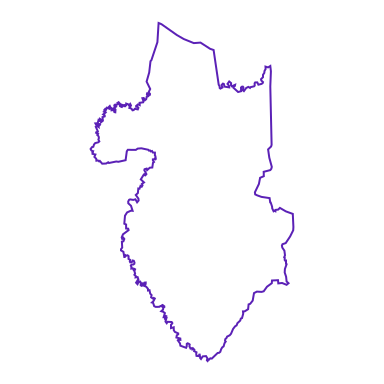 outline of Chum Phuang, Nakhon Ratchasima, Thailand
{"feature_id": "78962969B76863241399521", "entity_name": "Chum Phuang", "entity_type": "district", "adm_level": 2, "iso_a3": "THA", "parent_name": "Thailand", "parent_adm1": "Nakhon Ratchasima", "projection": "natural_earth1", "projection_center": [102.724, 15.266], "detail": "fine", "context": "isolated", "style": "outline", "palette": "violet", "viewbox_px": 384, "rotation_deg": 0, "n_neighbors": 0, "source": "geoboundaries", "source_scale": "gbopen_adm2", "svg_char_len": 6002}
<svg xmlns="http://www.w3.org/2000/svg" viewBox="0 0 384 384"><path d="M200.5,42.6L193.8,43.1L183.7,39.0L176.8,35.0L161.5,24.2L158.6,23.0L157.4,42.2L151.4,60.2L150.5,61.2L149.2,72.5L146.6,81.6L150.2,89.0L148.6,92.3L150.0,93.9L149.9,94.8L148.5,95.3L147.8,93.3L147.1,93.3L146.9,94.6L148.0,96.3L146.7,96.8L146.2,99.2L145.1,100.1L143.7,98.0L142.4,98.2L143.5,101.4L143.2,102.3L139.6,102.8L139.7,105.1L138.0,104.4L136.1,106.0L136.2,106.8L137.5,106.8L138.4,107.8L137.8,109.4L134.8,108.8L133.6,110.1L132.5,110.3L131.5,108.7L129.4,107.9L131.0,105.5L130.2,103.9L128.9,105.4L128.0,104.2L126.2,103.6L126.1,105.2L124.8,105.1L125.0,106.2L124.2,106.2L123.9,105.1L122.8,105.3L121.5,107.7L121.5,106.7L120.0,106.2L119.8,105.4L121.5,104.6L120.4,104.2L118.6,102.2L117.9,102.7L119.1,103.2L119.2,104.2L117.9,103.6L116.9,104.7L115.1,104.6L114.3,105.3L114.4,105.9L115.5,105.8L116.1,106.6L113.6,108.3L114.7,108.5L115.5,109.5L115.3,112.3L114.4,112.1L113.7,110.0L111.6,110.3L111.8,108.4L110.5,107.4L109.8,106.0L109.0,106.8L110.2,108.0L109.7,108.9L106.9,107.7L106.3,109.1L105.4,108.7L104.3,110.0L105.4,110.9L104.1,111.8L105.5,112.6L103.2,114.4L104.7,115.4L104.7,116.4L102.5,117.1L102.9,120.7L101.1,122.2L101.3,119.8L99.9,118.9L99.8,120.8L99.4,121.0L98.5,120.1L97.7,123.2L95.4,123.4L96.6,125.6L97.1,125.4L96.9,123.8L99.3,124.0L100.0,124.7L99.5,125.3L98.2,124.6L98.6,127.0L97.2,126.0L95.8,126.8L97.9,131.5L97.5,132.1L96.4,132.1L96.1,132.8L98.1,133.8L97.6,134.8L96.4,134.7L97.7,135.0L98.7,136.7L98.9,138.0L98.4,139.6L99.3,141.4L98.3,142.3L95.2,143.1L94.0,144.5L93.3,146.8L92.0,147.1L90.6,149.0L91.3,150.4L92.4,151.0L92.4,152.0L93.0,151.7L92.6,153.9L95.4,154.5L94.4,156.9L96.2,158.7L96.4,160.7L97.8,160.4L99.1,161.4L99.8,160.9L102.2,163.7L106.2,163.5L108.2,162.3L108.9,163.0L116.3,161.5L118.3,161.8L125.6,160.2L126.8,151.3L127.8,149.8L135.8,149.9L137.7,148.6L141.4,148.3L148.4,149.8L148.9,150.6L150.1,150.5L150.7,151.4L152.0,151.0L152.8,152.5L154.9,152.6L154.9,155.5L155.4,156.1L155.8,158.9L155.6,159.2L154.8,158.5L154.1,159.4L152.9,159.4L152.9,160.4L154.0,162.0L153.0,162.8L152.3,167.5L149.8,167.7L147.1,170.1L146.6,168.6L144.6,169.2L144.3,170.1L146.4,174.1L145.3,175.4L144.7,175.2L144.6,174.1L143.9,174.4L140.8,179.4L144.0,182.4L141.9,183.9L142.5,185.4L141.7,186.7L140.5,185.9L139.5,188.7L138.3,188.5L137.9,193.0L135.8,195.0L138.4,198.6L138.6,200.5L137.1,202.3L135.4,199.3L133.3,199.9L130.1,199.4L129.1,199.8L128.2,201.5L128.3,203.3L131.0,205.8L132.6,210.8L130.9,210.7L127.1,212.4L125.0,215.7L124.3,223.7L126.1,224.5L126.1,228.5L128.2,228.7L128.6,230.1L123.0,234.3L121.7,237.4L122.2,238.9L123.4,237.8L124.3,239.0L123.4,241.3L121.9,241.8L122.2,247.6L121.0,249.2L121.0,250.4L123.4,251.8L124.3,257.0L124.8,257.0L125.5,255.2L126.3,255.7L127.6,255.3L128.6,256.2L128.5,258.9L130.2,259.9L129.8,261.5L130.2,262.3L131.8,262.1L132.7,260.5L133.8,260.8L134.5,262.6L134.3,263.8L133.4,264.5L131.5,264.6L130.8,265.7L131.4,266.7L131.3,268.6L132.8,268.3L133.5,269.7L134.5,268.9L135.1,269.3L134.4,271.0L135.1,273.6L134.4,274.8L135.9,276.2L135.6,277.4L137.6,277.1L138.4,279.4L138.4,280.9L137.5,280.4L136.1,282.7L137.5,284.2L138.4,282.3L140.2,281.6L140.8,282.6L140.7,285.3L142.2,286.2L141.6,285.4L142.5,283.3L143.3,283.3L143.4,285.0L144.2,284.4L144.6,282.6L145.7,282.5L145.7,283.9L144.5,286.0L146.2,286.7L147.9,288.7L148.0,290.5L149.5,290.2L150.2,293.6L151.6,295.1L151.1,297.3L152.8,298.5L153.7,297.9L154.8,298.5L153.6,300.9L152.0,302.5L153.1,302.8L154.2,306.2L155.8,306.9L159.3,306.8L160.5,306.0L162.0,306.5L162.0,305.3L162.6,305.0L164.3,306.3L164.3,307.0L162.9,307.3L163.3,308.4L163.0,309.6L161.3,311.2L163.2,311.8L164.9,313.1L163.7,317.0L164.9,316.8L165.5,315.9L166.1,316.1L164.8,318.7L165.2,319.3L166.3,318.6L165.5,321.6L166.7,323.2L167.6,321.8L171.6,322.0L172.2,322.6L172.3,323.4L171.0,324.8L171.0,328.1L173.7,327.3L173.8,330.3L174.9,331.9L178.2,333.4L178.2,334.3L176.8,335.3L176.4,337.5L180.3,338.5L180.4,339.9L178.3,339.8L177.8,340.3L180.0,343.4L180.4,345.7L186.1,347.8L186.7,346.4L186.8,343.8L187.6,343.3L188.8,343.8L189.7,344.5L189.4,346.2L190.5,348.6L191.9,348.1L192.3,349.3L193.2,348.5L194.4,349.8L194.1,351.1L196.5,352.3L196.2,353.8L196.5,355.9L198.7,356.1L199.3,354.6L199.7,354.6L200.2,358.1L201.0,359.0L202.7,356.4L206.0,356.1L207.4,358.3L206.9,360.3L207.6,361.0L208.5,359.4L209.1,359.6L210.3,358.3L211.8,358.6L217.6,353.0L219.1,352.8L220.3,351.8L221.1,349.3L222.2,347.4L223.6,346.4L224.5,343.2L225.7,341.6L225.0,340.8L225.3,339.1L226.5,338.0L227.1,336.6L229.7,335.3L231.0,333.8L233.1,328.9L235.1,326.3L236.6,325.4L237.4,323.2L240.2,320.6L240.8,318.6L242.0,318.1L243.2,313.8L243.0,311.4L244.6,311.4L248.1,309.2L248.6,304.4L250.2,303.8L252.7,300.6L254.0,293.1L256.9,291.6L261.6,291.9L263.7,291.3L267.0,286.7L271.8,283.2L272.0,280.5L278.0,280.2L278.3,283.4L282.1,283.0L286.6,284.8L288.5,283.2L286.6,281.5L286.1,276.7L284.7,272.5L284.9,269.0L286.6,264.2L286.0,263.8L286.0,260.7L285.4,260.9L284.7,260.0L284.7,257.5L284.2,257.2L285.0,255.3L284.4,250.7L282.3,247.6L281.9,245.6L282.5,244.2L285.7,243.1L290.1,236.5L293.2,230.3L293.4,227.0L292.8,213.9L285.9,211.4L279.9,207.9L278.2,209.6L275.5,209.9L275.4,211.3L273.9,210.7L273.5,211.1L272.2,208.3L272.1,206.7L270.7,202.5L270.2,202.4L269.6,198.1L261.5,196.9L257.3,195.4L255.2,194.4L254.9,192.3L258.9,184.0L260.1,177.8L263.8,176.2L263.7,171.8L270.3,170.1L271.3,168.8L271.8,166.9L269.3,157.7L268.1,149.4L271.1,146.5L271.6,144.8L270.3,86.4L270.9,71.3L270.3,66.0L268.1,67.4L265.5,66.6L265.6,69.0L264.5,71.0L264.3,72.9L263.0,74.8L263.0,77.2L261.0,79.2L261.3,80.5L263.0,82.1L262.6,83.2L261.5,83.9L258.4,84.7L257.3,82.4L255.2,82.4L254.6,83.3L254.7,85.6L254.1,86.3L250.4,87.2L250.0,87.9L248.3,86.9L246.2,88.0L243.9,91.1L242.8,90.1L243.4,87.3L242.8,86.6L241.9,86.7L241.0,87.5L241.1,91.2L238.1,92.0L233.3,87.6L233.3,86.7L234.9,85.9L235.1,84.8L231.8,86.3L231.0,85.2L231.1,83.1L229.2,81.5L227.5,83.9L229.1,85.9L229.2,87.4L224.5,86.6L223.8,83.9L222.9,83.6L221.6,85.0L222.4,87.5L220.4,88.6L219.7,88.0L219.6,86.3L218.7,84.7L213.6,50.0L210.1,48.8L200.5,42.6Z" fill="none" stroke="#5b21b6" stroke-width="2"/></svg>